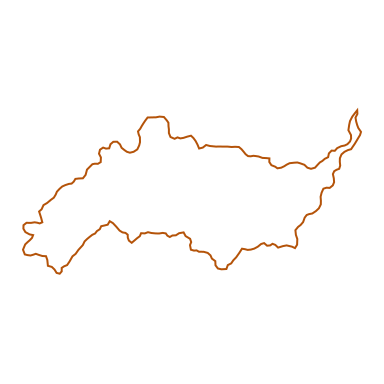 outline of Dionísio, Minas Gerais, Brazil
{"feature_id": "56859067B79280844892773", "entity_name": "Dionísio", "entity_type": "district", "adm_level": 2, "iso_a3": "BRA", "parent_name": "Brazil", "parent_adm1": "Minas Gerais", "projection": "natural_earth1", "projection_center": [-42.668, -19.831], "detail": "fine", "context": "isolated", "style": "outline", "palette": "amber", "viewbox_px": 384, "rotation_deg": 0, "n_neighbors": 0, "source": "geoboundaries", "source_scale": "gbopen_adm2", "svg_char_len": 3547}
<svg xmlns="http://www.w3.org/2000/svg" viewBox="0 0 384 384"><path d="M361.0,131.9L358.3,128.0L357.2,125.1L356.2,121.6L355.5,117.6L357.4,113.9L357.2,110.3L354.8,113.3L352.3,116.6L350.0,121.1L349.2,124.8L348.4,130.2L351.0,135.1L351.1,138.6L350.0,141.5L347.4,144.2L344.7,145.5L341.2,146.2L337.2,148.1L334.8,150.8L331.6,150.6L328.9,153.4L328.1,157.2L324.8,158.8L322.3,161.0L319.9,162.4L317.8,164.6L315.0,167.7L311.0,168.8L307.4,167.7L304.4,164.8L300.2,163.3L297.4,162.5L294.2,162.7L289.6,163.2L286.6,164.7L284.3,166.2L281.2,167.7L277.4,168.3L275.2,166.7L271.4,165.2L269.3,162.0L269.4,158.4L266.3,158.1L262.4,157.9L258.6,156.5L256.0,156.1L253.4,155.8L250.6,156.3L248.0,156.1L245.6,154.2L243.7,151.8L241.5,149.2L238.9,147.0L235.0,146.8L231.7,147.0L227.5,146.6L222.6,146.6L219.4,146.5L216.0,146.6L209.9,146.0L206.1,145.0L202.8,147.6L199.1,148.5L197.5,144.6L195.6,141.0L193.4,138.0L191.0,135.7L187.4,136.6L183.4,137.9L180.3,138.4L177.5,137.4L174.6,138.8L170.5,137.0L168.9,133.1L168.9,129.4L168.5,126.2L168.4,122.7L166.8,120.4L163.9,117.0L159.6,116.6L156.0,117.3L151.8,117.4L147.6,117.5L145.2,120.7L143.4,123.4L141.7,126.1L140.2,128.8L138.0,131.4L138.7,134.4L139.9,137.2L140.0,142.2L139.2,145.4L137.3,149.4L133.6,151.8L129.9,152.7L126.9,151.8L124.6,150.2L121.6,147.8L120.0,144.4L117.1,141.7L113.3,141.8L110.5,144.2L109.2,148.3L106.0,148.6L103.1,147.6L100.0,149.7L99.0,153.7L100.9,157.4L100.7,162.1L97.9,163.8L94.9,163.7L92.4,164.2L90.1,166.5L87.0,169.6L85.6,174.9L82.9,178.3L78.7,178.5L75.4,178.9L73.7,181.7L71.6,183.6L68.9,183.9L65.3,185.1L62.2,186.5L59.5,188.9L56.9,191.7L55.7,194.6L53.8,197.7L50.8,199.9L47.1,203.0L43.5,205.1L41.6,209.3L39.1,211.5L40.1,214.6L41.2,218.1L42.3,222.3L39.7,223.4L37.2,222.7L34.6,222.3L30.9,222.9L26.5,222.8L23.5,225.2L23.4,228.7L25.4,232.1L29.6,234.4L33.1,235.1L32.0,237.9L29.8,240.2L27.6,242.1L25.2,244.4L23.0,249.7L24.8,254.4L27.5,255.1L30.5,255.5L33.3,254.7L35.8,253.8L38.5,254.8L42.3,256.0L46.0,256.2L47.3,259.9L47.9,265.8L51.8,266.9L54.5,269.5L56.6,272.9L59.7,273.7L61.7,271.4L61.7,267.9L64.1,266.3L67.1,265.1L69.6,261.4L72.5,256.3L75.6,253.9L78.4,249.9L82.8,245.1L84.6,241.4L87.1,239.0L89.5,237.0L92.3,234.8L95.1,233.5L96.9,231.1L99.8,229.2L101.2,226.2L104.4,225.5L107.7,224.7L109.7,221.2L112.9,223.1L116.2,226.6L119.6,230.6L122.5,232.4L125.5,232.9L127.7,234.7L127.8,237.7L128.9,240.6L131.7,242.8L134.9,240.1L137.1,238.2L139.8,236.2L141.1,233.2L144.8,233.4L148.0,232.2L151.4,233.0L155.5,233.4L159.0,233.5L162.7,232.9L165.8,233.4L167.4,235.7L169.8,237.0L172.4,235.5L175.9,235.3L179.1,233.2L183.6,232.4L185.6,236.1L190.1,238.8L191.2,242.1L190.0,245.1L190.9,249.7L194.0,250.6L196.6,250.4L198.9,251.7L203.7,251.8L207.7,252.9L210.5,255.4L211.9,258.6L215.3,261.1L215.5,265.3L217.9,268.5L221.4,269.3L226.4,269.0L227.8,265.1L231.2,263.4L233.3,260.3L236.2,257.3L239.3,252.9L242.0,248.7L245.0,249.2L247.6,249.9L250.8,249.6L254.3,248.6L257.8,246.7L261.1,244.0L264.1,243.1L267.1,245.7L270.2,245.4L272.5,243.8L275.3,244.9L278.1,247.6L283.0,246.1L286.6,245.4L289.6,246.1L292.1,246.7L295.0,248.1L297.1,244.7L297.3,239.0L295.9,234.9L295.4,230.2L298.1,226.9L300.6,225.0L303.1,222.1L304.7,217.6L306.7,215.0L309.1,214.1L312.3,213.5L315.9,211.1L318.9,208.3L320.8,204.4L320.9,200.8L320.6,196.8L321.6,192.7L323.4,188.7L326.5,187.7L329.7,187.9L332.8,185.4L334.1,182.2L333.8,178.3L332.9,174.1L334.2,171.2L336.5,169.8L339.2,168.8L340.2,165.6L339.8,161.8L339.9,158.2L341.5,154.4L344.5,151.8L347.9,150.1L351.1,149.2L352.7,146.8L354.7,143.9L356.7,140.6L358.3,137.9L360.0,135.1L361.0,131.9Z" fill="none" stroke="#b45309" stroke-width="2"/></svg>